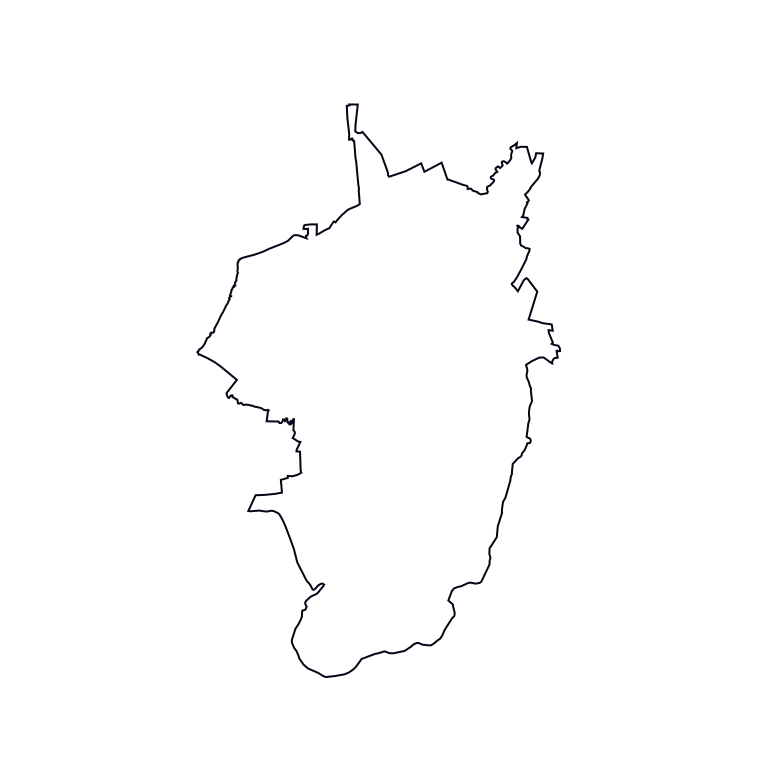 Balc, Bihor, Romania (Equal Earth projection), rotated 123°
{"feature_id": "2599482B50567308874625", "entity_name": "Balc", "entity_type": "district", "adm_level": 2, "iso_a3": "ROU", "parent_name": "Romania", "parent_adm1": "Bihor", "projection": "equal_earth", "projection_center": [22.518, 47.312], "detail": "fine", "context": "isolated", "style": "outline", "palette": "ink", "viewbox_px": 768, "rotation_deg": 123, "n_neighbors": 0, "source": "geoboundaries", "source_scale": "gbopen_adm2", "svg_char_len": 6166}
<svg xmlns="http://www.w3.org/2000/svg" viewBox="0 0 768 768"><g transform="rotate(123 384 384)"><path d="M460.0,555.7L459.8,555.7L458.5,546.3L457.9,537.5L458.3,530.1L460.7,509.6L477.4,511.1L479.5,508.9L480.4,507.0L480.2,506.4L477.6,506.2L476.8,505.9L476.1,505.1L476.3,504.6L477.0,504.4L477.5,503.8L477.2,502.5L477.4,499.7L476.9,498.9L477.0,498.5L479.8,495.8L479.4,494.9L477.5,493.4L478.2,490.9L477.8,489.9L476.7,489.0L475.0,485.6L474.7,484.1L473.8,482.6L473.6,480.5L471.7,475.8L471.0,473.1L471.2,471.0L470.9,470.2L470.5,468.9L468.7,466.9L468.9,466.3L470.1,466.4L479.2,462.1L472.9,452.0L473.6,450.7L473.4,449.9L472.5,448.8L469.8,448.9L468.8,449.4L468.1,448.6L469.2,446.9L467.7,446.2L467.0,446.9L466.0,447.2L465.7,446.5L465.9,446.0L467.7,445.0L467.9,444.3L468.6,444.1L468.8,443.6L468.2,442.5L467.4,442.0L466.1,442.1L466.2,441.7L466.8,441.2L468.9,441.8L469.3,441.5L469.3,440.9L468.6,440.3L467.2,440.0L466.4,440.0L464.4,440.9L462.9,440.9L462.5,440.4L472.1,434.8L472.5,433.4L473.2,432.3L475.0,431.6L479.0,431.1L479.0,424.6L478.1,422.6L486.9,421.4L488.2,420.7L486.5,417.6L502.3,406.5L503.5,405.0L507.5,407.2L510.1,409.5L511.6,411.0L513.5,414.7L515.1,413.5L520.6,418.3L530.7,410.4L535.7,415.8L542.1,423.8L547.2,431.1L564.4,428.6L563.5,426.7L558.1,419.7L555.9,414.9L554.5,412.4L551.7,409.6L550.6,407.0L550.0,402.5L550.3,400.7L553.3,394.9L556.7,389.6L565.1,378.1L571.4,369.8L580.9,359.5L591.0,342.0L592.6,336.6L595.0,332.4L595.1,331.1L594.5,330.6L592.0,329.9L589.2,329.6L587.0,328.7L585.6,327.7L584.8,326.7L584.9,324.9L586.3,324.8L594.8,325.7L596.9,326.3L602.3,329.7L608.2,331.2L610.1,331.1L611.5,330.1L612.9,327.6L616.1,327.0L618.5,329.0L620.3,328.3L623.5,326.3L626.1,325.6L632.0,324.9L637.3,325.0L649.1,321.8L651.2,320.2L654.3,315.6L655.5,312.2L657.9,308.5L660.5,305.2L663.1,298.9L664.0,292.9L662.1,281.5L662.1,277.5L661.8,274.3L661.0,272.6L655.5,265.9L649.1,259.1L645.2,256.4L640.7,254.5L636.7,253.5L626.7,253.0L615.5,244.7L611.8,241.1L608.6,238.6L607.7,237.4L606.9,233.0L604.7,229.4L597.2,221.9L595.7,220.9L590.1,218.5L586.3,217.4L583.5,215.6L582.3,214.0L581.8,210.4L581.3,209.0L578.3,203.2L577.4,202.2L573.8,200.5L571.5,200.0L566.6,198.1L563.1,198.2L557.0,199.2L543.5,199.3L540.7,198.7L539.6,198.9L537.3,200.2L532.6,205.2L531.7,205.8L531.3,206.8L530.5,212.1L520.8,214.3L517.2,213.9L514.1,211.6L511.5,209.1L505.0,205.0L503.3,203.0L501.6,198.5L498.8,195.5L496.8,194.7L477.9,197.2L474.4,199.3L472.0,199.9L469.1,203.1L464.5,205.9L451.0,206.0L441.3,211.1L427.8,214.8L425.3,216.6L418.2,219.9L412.9,220.3L396.3,225.4L393.3,226.9L389.3,227.9L388.8,228.4L380.9,232.5L373.5,231.2L370.3,229.7L369.0,229.7L367.1,230.5L363.3,230.1L360.4,230.4L355.5,231.4L354.1,229.6L352.6,229.6L351.5,230.1L350.3,231.6L350.7,235.6L338.2,241.6L334.5,242.6L330.0,246.3L326.5,248.2L323.8,249.4L317.6,250.6L309.6,257.2L307.8,258.1L306.7,260.0L303.5,263.6L300.7,267.9L298.7,269.4L295.1,270.8L293.4,272.1L290.6,275.3L284.4,272.5L277.3,268.2L274.8,264.5L275.3,255.2L275.1,254.1L273.9,255.2L270.3,255.4L269.2,254.9L267.4,252.7L262.2,257.3L261.7,257.0L261.7,255.9L260.5,254.3L258.5,255.7L256.9,258.6L258.6,262.6L259.0,265.2L257.4,264.8L251.4,273.5L249.2,275.3L247.4,271.5L242.7,275.8L246.6,284.1L247.7,288.5L251.2,297.8L223.0,305.8L217.7,320.6L217.7,322.2L220.7,323.3L233.3,322.2L231.6,327.4L231.4,330.0L230.3,331.5L227.7,330.7L222.5,330.6L213.2,331.3L201.7,332.6L198.8,333.7L193.1,334.6L191.4,335.5L192.0,337.7L192.8,338.9L192.9,342.8L193.2,344.4L192.1,346.2L186.1,350.3L184.3,354.4L181.8,356.1L179.4,357.1L178.8,358.4L178.5,358.4L178.2,357.8L178.1,356.6L178.6,355.8L178.5,352.5L167.5,352.5L167.6,353.3L166.6,354.1L168.8,359.2L167.2,358.9L160.6,361.4L154.1,362.1L153.9,363.0L151.3,362.4L151.0,362.6L148.4,368.9L144.2,368.0L141.3,367.8L138.2,368.0L127.9,366.7L124.2,367.0L121.3,368.5L121.0,369.6L119.4,370.4L108.7,374.0L104.0,376.0L107.6,382.1L111.5,380.5L118.4,380.1L117.8,381.3L107.3,393.3L110.6,398.5L114.2,401.5L109.5,403.8L112.5,404.7L116.3,406.5L117.3,406.5L118.0,405.9L118.6,403.4L119.0,403.1L121.5,402.7L124.0,401.3L125.1,400.3L127.0,400.1L131.5,400.5L132.2,401.0L131.8,401.7L131.8,404.4L132.0,404.9L133.0,406.0L134.2,405.8L136.0,403.6L136.4,403.5L139.7,404.3L139.4,406.9L142.1,407.9L143.2,407.5L144.4,404.5L146.4,405.7L149.9,406.0L151.3,407.0L152.0,407.2L152.9,406.9L153.3,406.4L153.4,405.6L152.8,403.7L153.0,402.8L153.4,402.4L154.6,402.2L159.7,403.2L161.8,404.5L162.9,404.7L164.8,403.5L166.2,401.7L167.7,401.3L172.3,406.1L172.6,409.9L172.2,410.4L173.3,414.0L173.4,415.4L173.0,416.5L172.9,417.5L173.3,418.3L174.8,419.7L174.9,420.1L173.2,421.1L172.8,421.6L172.7,422.4L174.0,426.4L177.5,441.5L178.0,442.1L167.0,456.2L184.0,465.7L178.7,473.0L193.7,481.7L207.4,492.6L206.6,494.5L205.4,495.1L203.6,497.1L193.0,511.1L184.3,539.4L186.1,540.2L187.8,542.5L187.8,545.7L182.4,548.9L163.9,558.2L168.4,565.3L169.1,564.7L171.0,566.7L180.5,559.9L193.3,549.3L198.1,546.5L198.2,546.1L196.8,545.0L195.7,544.8L195.4,544.3L195.4,544.0L196.8,542.9L196.9,542.6L196.4,541.6L197.2,540.8L209.6,531.3L213.1,528.1L231.2,513.8L232.9,512.1L235.0,510.7L235.2,510.8L246.3,502.3L249.5,503.8L256.3,508.5L258.2,509.4L265.5,511.4L272.1,512.5L274.8,512.6L275.0,514.5L279.0,514.8L282.8,514.6L287.4,517.5L293.6,520.5L295.5,521.8L286.7,527.2L289.7,531.9L293.7,536.9L294.7,537.2L297.8,536.1L297.6,535.4L295.2,532.4L299.1,529.7L301.1,529.2L302.1,530.1L303.4,529.4L304.0,528.4L306.0,536.8L307.4,539.5L309.0,540.9L316.2,542.5L320.2,544.7L332.8,553.7L339.2,557.7L346.4,563.3L353.9,570.2L356.3,572.0L357.5,572.8L358.2,572.6L359.4,573.3L361.0,572.5L361.7,572.9L364.6,571.2L365.7,570.2L369.3,568.3L370.4,567.0L373.3,566.4L374.9,565.5L376.3,565.1L377.7,564.0L379.6,564.3L380.5,563.6L382.7,563.3L383.0,563.1L382.9,562.4L383.5,562.6L383.8,563.3L384.4,562.8L385.5,563.4L387.0,562.9L388.1,563.2L389.3,562.5L393.6,561.4L393.9,560.9L393.5,560.0L393.7,559.9L395.1,560.7L396.2,560.7L396.6,560.6L397.1,559.5L398.3,559.7L401.8,559.0L404.3,559.1L410.8,558.2L415.7,558.0L423.0,556.9L430.0,556.4L432.4,555.0L434.0,555.1L434.8,556.8L435.7,557.1L436.7,557.0L436.9,556.1L439.8,556.2L441.7,557.3L447.7,556.3L451.5,556.3L453.3,556.7L456.1,557.9L457.5,557.4L458.6,558.0L458.9,557.9L459.1,557.1L460.0,555.7Z" fill="none" stroke="#020617" stroke-width="2"/></g></svg>